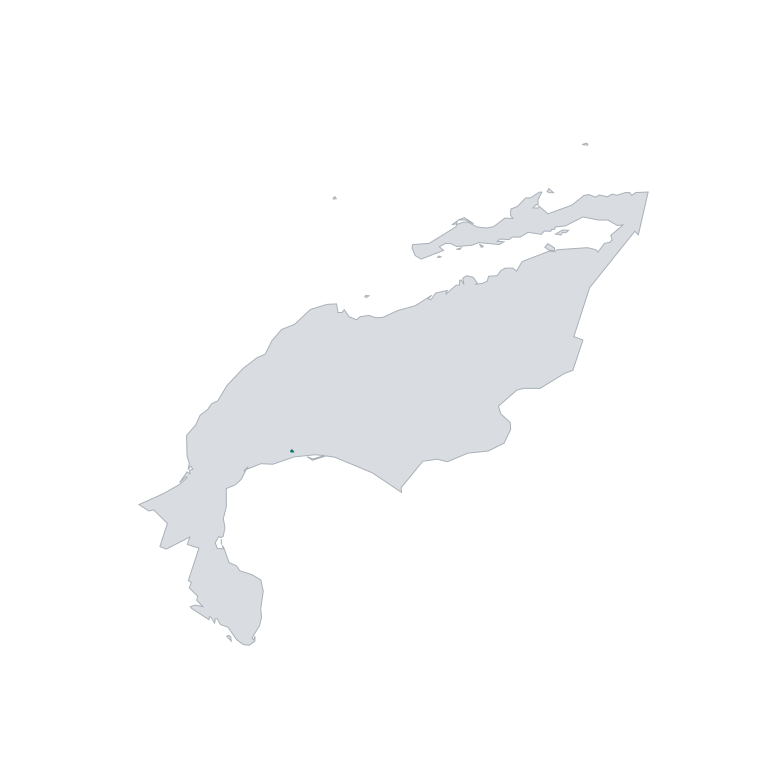 Poza Rica de Hidalgo, Veracruz, Mexico (highlighted), rotated 108°
{"feature_id": "50627088B10700770102469", "entity_name": "Poza Rica de Hidalgo", "entity_type": "district", "adm_level": 2, "iso_a3": "MEX", "parent_name": "Mexico", "parent_adm1": "Veracruz", "projection": "robinson", "projection_center": [-97.436, 20.539], "detail": "fine", "context": "in_parent", "style": "filled", "palette": "teal", "viewbox_px": 768, "rotation_deg": 108, "n_neighbors": 0, "source": "geoboundaries", "source_scale": "gbopen_adm2", "svg_char_len": 4249}
<svg xmlns="http://www.w3.org/2000/svg" viewBox="0 0 768 768"><g transform="rotate(108 384 384)"><path d="M119.8,192.1L163.5,188.2L161.2,192.7L228.9,218.2L280.3,218.1L280.7,208.4L312.6,208.6L318.0,215.5L339.9,234.2L345.0,249.9L348.9,255.9L369.7,268.3L376.4,263.6L381.6,252.1L388.0,249.5L403.1,251.5L415.6,264.3L423.8,282.8L438.3,299.6L439.1,310.2L445.5,323.3L477.5,335.7L481.7,333.8L472.1,367.6L468.8,408.1L470.3,416.9L478.6,428.5L476.9,434.8L477.3,428.5L470.4,418.6L472.6,427.7L481.0,446.8L494.7,465.0L497.8,476.4L507.4,488.0L504.7,487.7L510.3,490.5L508.5,488.8L518.6,490.2L525.8,494.2L532.2,501.7L549.2,496.1L561.7,495.2L569.9,490.8L578.7,489.9L580.5,491.6L579.9,493.9L587.0,495.5L591.8,491.9L590.5,485.9L588.1,487.4L588.7,486.2L601.7,476.2L602.5,468.1L606.2,463.4L606.2,450.2L608.5,440.5L618.4,434.8L635.9,431.8L643.6,428.4L652.1,427.7L666.3,431.1L667.4,428.9L663.7,428.8L668.5,427.3L674.2,431.6L675.3,437.4L672.6,445.3L663.5,457.2L663.3,465.2L658.7,470.1L659.5,471.9L663.7,471.2L659.4,476.2L659.4,478.2L662.3,477.6L656.9,497.6L655.5,499.4L652.5,494.9L651.7,487.4L647.7,495.2L643.4,495.7L638.2,506.1L632.1,506.0L631.6,509.3L597.3,509.3L597.4,521.4L589.5,521.4L608.3,540.0L607.8,546.9L583.6,546.9L574.9,564.1L577.4,568.4L574.4,579.8L556.8,560.3L542.6,547.3L533.9,542.3L533.0,543.6L541.0,548.0L528.5,544.1L529.4,540.9L526.1,542.3L524.0,539.4L521.8,542.5L525.9,543.9L519.7,544.6L513.5,549.0L493.8,555.9L481.1,550.4L470.4,549.2L463.1,544.0L456.0,541.9L451.4,536.9L434.0,532.9L412.3,522.6L398.2,512.8L392.3,506.2L377.6,504.0L363.8,498.3L355.0,487.5L335.9,477.1L325.9,462.8L322.5,453.9L330.2,449.8L329.0,446.0L325.6,444.8L330.8,438.1L331.4,430.1L327.3,427.4L323.4,419.4L323.5,412.1L320.9,405.6L309.7,393.4L300.0,378.6L284.8,365.9L289.2,368.3L289.5,365.5L281.4,362.8L275.5,352.7L279.8,353.0L268.0,346.2L266.4,342.9L261.9,344.1L261.2,342.6L264.7,338.7L258.9,341.7L255.5,338.8L254.9,332.2L259.2,326.4L260.7,327.5L257.9,321.4L254.2,317.6L249.2,317.8L246.0,309.7L239.9,307.9L236.3,304.4L234.0,297.3L235.7,292.8L224.9,290.5L206.5,267.9L205.6,262.5L202.8,260.8L191.5,232.7L190.8,224.1L192.3,221.3L182.0,217.7L179.7,213.2L176.4,211.6L172.6,214.2L158.8,205.8L161.1,211.2L158.9,221.8L161.7,230.2L163.6,246.3L177.6,260.4L181.9,269.9L184.1,269.4L185.1,272.3L187.2,272.6L189.0,278.8L193.1,280.7L195.1,293.6L202.3,300.1L204.6,307.4L208.0,309.7L210.3,318.3L213.3,320.4L211.7,314.0L215.8,317.7L220.2,337.5L224.8,343.1L230.8,357.3L229.8,363.3L231.1,368.7L236.4,373.9L238.5,368.6L253.7,387.2L252.2,394.1L246.0,399.3L242.6,399.9L236.3,384.5L212.2,364.1L210.0,364.3L205.2,357.9L204.2,353.6L205.9,344.0L204.0,334.8L200.5,328.3L188.9,320.4L186.7,312.5L184.4,315.9L178.4,317.4L174.1,312.1L163.2,306.7L161.6,302.1L153.5,295.5L152.8,293.2L161.3,294.5L166.4,292.6L166.3,294.7L170.5,296.8L169.0,291.6L167.1,291.2L171.5,280.6L155.9,260.7L142.8,252.0L140.6,247.6L140.8,240.2L137.7,237.8L136.9,229.4L132.9,225.8L132.5,220.8L127.0,213.0L126.1,209.3L128.1,206.8L124.1,203.7L119.8,192.1ZM205.8,268.2L204.2,273.3L199.9,271.6L201.9,263.9L204.4,263.1L205.8,268.2ZM188.3,267.2L182.3,261.7L180.8,255.9L183.9,257.8L184.6,261.0L187.7,261.8L188.3,267.2ZM672.5,455.7L671.0,454.0L671.7,451.7L675.7,449.8L672.5,455.7ZM205.3,364.3L201.0,359.0L203.8,348.3L202.9,357.9L205.3,364.3ZM150.6,288.3L147.2,287.6L149.7,281.9L151.0,286.1L150.6,288.3ZM95.0,269.5L92.3,265.9L93.0,264.2L94.0,264.3L95.0,269.5ZM209.0,364.4L211.6,368.6L206.1,364.5L209.0,364.4ZM307.3,427.5L306.8,429.3L305.4,428.6L304.8,425.6L307.3,427.5ZM232.6,353.6L233.6,356.8L230.7,352.7L232.6,353.6ZM222.4,332.1L224.0,333.5L221.5,336.5L222.4,332.1ZM223.8,489.4L222.7,489.8L221.0,488.5L222.5,486.7L223.8,489.4ZM584.7,490.0L581.7,490.8L586.9,489.0L584.7,490.0ZM247.1,372.1L245.5,371.7L245.4,368.6L247.1,372.1Z" fill="#d9dde1" stroke="#a8b0b8" stroke-width="1"/><path d="M477.0,451.7L477.0,451.4L477.0,451.2L476.9,450.9L476.9,450.7L476.8,450.4L476.8,450.2L476.7,450.0L476.7,449.9L476.6,449.7L476.4,449.5L476.2,449.6L476.1,449.8L476.2,449.7L476.2,449.8L476.3,449.8L476.2,449.8L476.2,450.0L476.0,450.3L475.9,450.3L475.7,450.4L475.7,450.5L475.5,450.8L475.5,451.0L475.4,451.1L475.4,451.3L475.5,451.3L475.8,451.4L475.8,451.5L476.0,451.5L476.3,451.7L476.5,451.7L476.8,451.7L477.0,451.7Z" fill="#14b8a6" stroke="#0f766e" stroke-width="1.5"/></g></svg>